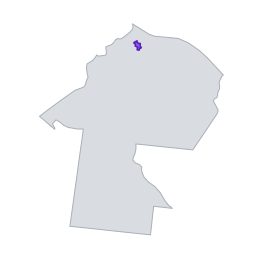 Santa María Ixhuatán, Santa Rosa, Guatemala (highlighted), rotated 186°
{"feature_id": "79465075B67666952430364", "entity_name": "Santa María Ixhuatán", "entity_type": "district", "adm_level": 2, "iso_a3": "GTM", "parent_name": "Guatemala", "parent_adm1": "Santa Rosa", "projection": "robinson", "projection_center": [-90.258, 14.147], "detail": "fine", "context": "in_parent", "style": "filled", "palette": "violet", "viewbox_px": 256, "rotation_deg": 186, "n_neighbors": 0, "source": "geoboundaries", "source_scale": "gbopen_adm2", "svg_char_len": 2878}
<svg xmlns="http://www.w3.org/2000/svg" viewBox="0 0 256 256"><g transform="rotate(186 128 128)"><path d="M38.8,190.7L40.0,189.4L41.0,186.4L42.2,183.3L41.4,179.7L41.0,176.8L42.4,172.6L42.3,169.4L42.9,167.4L44.9,166.2L46.0,163.8L40.3,155.4L40.3,153.5L41.0,151.2L45.7,142.3L51.3,131.7L57.5,120.1L61.2,113.0L74.6,113.0L83.5,113.0L94.8,113.0L107.1,113.0L115.2,113.0L118.5,112.9L117.9,108.3L118.4,103.3L119.8,98.7L119.8,96.7L117.4,94.2L112.8,92.8L110.2,90.6L110.2,87.8L109.0,84.5L106.8,80.6L102.1,76.5L95.0,72.4L89.0,66.9L84.0,60.0L79.8,55.5L76.6,53.7L75.8,52.7L85.3,52.8L94.3,52.8L94.4,42.9L94.4,34.1L94.5,24.1L110.8,24.1L130.2,24.1L150.4,24.2L166.2,24.2L175.5,24.2L175.1,36.5L174.6,50.9L174.3,61.4L173.8,75.4L173.4,89.8L172.7,109.3L172.3,122.0L172.5,122.3L177.8,121.7L185.6,122.2L187.6,122.2L190.0,123.3L191.8,123.6L195.8,126.5L200.5,128.6L203.5,124.3L201.9,121.7L200.7,120.3L200.9,119.1L217.2,130.4L215.3,132.2L211.1,136.2L203.7,143.0L196.9,149.2L190.5,154.8L184.7,159.8L184.0,160.3L176.6,163.9L175.3,165.5L173.8,172.6L173.0,174.4L174.4,178.3L175.7,184.4L175.3,187.6L170.2,191.5L167.8,195.0L166.8,197.3L165.9,196.7L164.3,196.5L160.6,197.4L158.9,197.6L157.4,198.6L157.3,200.8L158.2,204.3L158.6,206.2L157.6,207.0L153.1,209.2L151.3,211.3L149.6,214.5L147.6,215.9L145.5,215.7L144.1,216.1L141.0,218.6L136.3,223.4L133.7,226.9L133.7,229.5L134.2,231.9L117.0,223.5L111.3,222.1L87.3,222.3L77.0,219.0L65.3,212.6L57.3,206.8L38.8,190.7Z" fill="#d9dde1" stroke="#a8b0b8" stroke-width="1"/><path d="M125.1,213.4L125.8,213.1L126.0,213.1L126.3,213.1L126.5,213.3L126.6,213.5L126.8,213.6L127.2,213.7L127.4,213.7L127.5,213.8L127.5,214.0L127.4,214.1L127.6,214.3L127.9,214.4L128.0,214.6L128.0,214.8L128.0,215.0L127.9,215.2L127.9,215.4L128.2,215.4L128.8,215.4L128.9,215.2L129.0,215.1L129.0,214.8L129.0,214.6L129.2,214.4L129.3,214.4L129.5,214.5L129.9,214.4L130.0,214.4L130.1,214.2L130.3,214.1L130.5,214.0L130.5,213.9L130.9,213.7L131.0,213.5L131.0,213.1L130.9,212.9L130.6,212.8L130.4,212.9L130.1,212.8L129.9,212.6L129.7,212.6L129.4,212.2L129.4,211.9L129.5,211.8L129.5,211.3L129.4,211.2L129.2,211.0L129.2,210.8L129.2,210.6L129.3,210.5L129.3,210.4L129.3,210.2L129.2,210.2L128.9,210.2L128.7,210.0L128.4,209.9L127.9,209.8L127.2,209.7L127.2,209.1L127.1,208.9L126.8,208.7L127.0,208.4L127.1,207.9L127.1,207.4L127.1,207.2L127.1,206.9L126.9,206.6L126.6,206.6L126.3,206.6L126.1,206.7L125.8,206.6L125.7,206.6L125.2,206.6L125.2,207.1L125.0,207.3L124.9,207.3L124.9,207.5L124.9,207.8L124.7,208.0L124.7,208.3L124.8,208.3L124.9,208.6L124.7,208.6L124.3,208.6L124.2,208.5L123.6,208.8L123.3,209.1L123.2,209.2L123.2,209.3L123.3,209.6L123.5,209.8L123.5,209.7L123.8,209.8L123.9,210.0L124.1,210.3L124.3,210.6L124.4,210.9L124.4,211.0L124.5,211.1L124.5,211.4L124.5,211.6L124.6,211.9L124.6,212.1L124.6,212.8L124.6,213.0L124.6,213.3L124.8,213.3L125.0,213.4L125.1,213.4Z" fill="#8b5cf6" stroke="#5b21b6" stroke-width="1.5"/></g></svg>